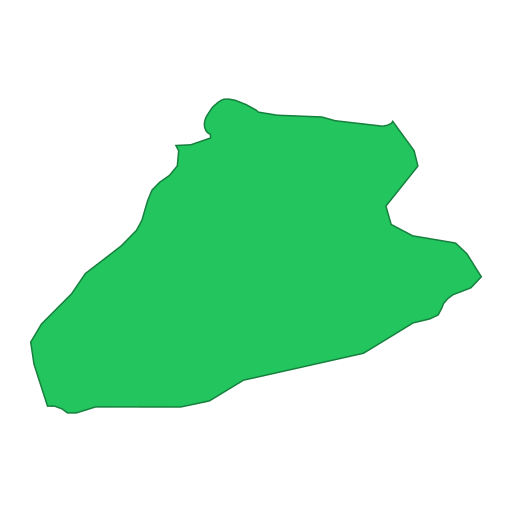 Imperia, Natural Earth projection
{"feature_id": "ITA-5369", "entity_name": "Imperia", "entity_type": "Province", "adm_level": 1, "iso_a3": "ITA", "parent_name": "Italy", "parent_adm1": "", "projection": "natural_earth1", "projection_center": [7.791, 43.964], "detail": "fine", "context": "isolated", "style": "filled", "palette": "green", "viewbox_px": 512, "rotation_deg": 0, "n_neighbors": 0, "source": "natural_earth", "source_scale": "10m", "svg_char_len": 958}
<svg xmlns="http://www.w3.org/2000/svg" viewBox="0 0 512 512"><path d="M47.5,406.1L34.0,364.2L30.7,342.1L41.5,324.0L71.5,293.9L85.4,273.5L121.1,246.0L136.5,230.3L141.9,220.3L147.6,200.7L152.0,190.1L159.6,182.3L169.6,175.3L177.3,165.9L178.7,150.8L175.9,145.5L190.7,144.8L210.5,138.0L210.6,136.3L210.3,134.4L207.7,132.8L205.9,130.6L204.7,127.6L204.3,124.5L204.7,121.4L205.5,118.5L206.7,116.0L211.9,108.0L213.9,105.9L218.5,102.0L221.1,100.4L223.9,99.2L228.9,99.1L235.3,100.3L246.5,104.8L256.1,110.1L258.3,112.1L277.0,115.2L321.9,117.0L335.0,120.7L382.6,126.2L387.6,125.2L391.4,123.4L392.7,121.3L414.1,150.7L417.9,166.1L385.9,206.1L391.2,224.5L412.6,235.8L455.6,243.1L466.9,253.8L481.3,276.8L470.9,287.8L453.0,294.7L447.7,298.7L443.5,303.6L441.8,308.0L438.2,314.9L429.8,318.9L413.1,322.9L363.6,353.2L243.4,380.2L209.4,400.9L180.7,407.0L95.7,406.9L76.4,412.9L67.4,412.9L62.0,408.9L54.8,406.2L47.5,406.1Z" fill="#22c55e" stroke="#15803d" stroke-width="1.5"/></svg>